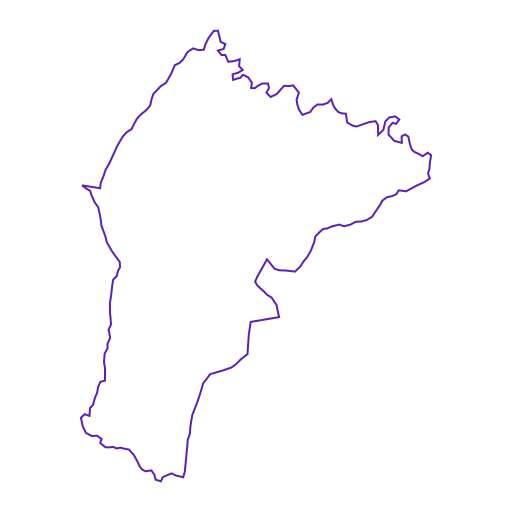 the district of Astorga, Paraná, Brazil, rotated 180°
{"feature_id": "56859067B33655617735681", "entity_name": "Astorga", "entity_type": "district", "adm_level": 2, "iso_a3": "BRA", "parent_name": "Brazil", "parent_adm1": "Paraná", "projection": "natural_earth1", "projection_center": [-51.712, -23.236], "detail": "fine", "context": "isolated", "style": "outline", "palette": "violet", "viewbox_px": 512, "rotation_deg": 180, "n_neighbors": 0, "source": "geoboundaries", "source_scale": "gbopen_adm2", "svg_char_len": 3067}
<svg xmlns="http://www.w3.org/2000/svg" viewBox="0 0 512 512"><g transform="rotate(180 256 256)"><path d="M427.4,97.8L431.1,94.2L429.2,85.5L426.0,79.1L420.2,76.0L414.9,76.3L410.4,73.0L411.8,69.0L406.7,64.8L403.0,64.6L398.9,65.1L395.5,63.6L391.6,64.3L387.5,63.3L382.9,62.4L378.1,56.9L374.6,50.5L372.4,45.8L370.0,42.6L366.4,40.7L360.7,41.6L357.5,37.2L356.4,32.3L351.1,30.7L349.1,34.9L343.9,37.2L340.3,38.6L336.2,36.5L328.8,34.8L327.2,40.2L325.3,59.9L324.7,66.1L324.3,72.0L322.1,78.2L321.7,84.6L321.0,89.6L319.6,97.3L316.6,104.8L313.5,113.2L311.5,119.5L308.8,128.8L304.9,133.7L301.8,137.9L289.8,141.3L280.6,144.5L276.3,147.5L270.9,152.9L264.5,157.9L263.2,177.4L261.3,190.1L232.9,194.9L234.2,200.6L235.4,206.9L240.4,214.4L244.9,217.2L248.5,220.9L251.7,223.7L254.9,226.8L256.9,230.4L254.6,235.5L245.0,252.7L237.3,243.1L232.5,241.7L226.4,241.5L217.0,240.4L211.7,245.5L208.4,250.6L204.9,254.8L201.3,261.0L198.0,269.3L196.6,275.6L191.8,280.5L188.7,283.1L185.1,283.4L180.4,285.5L172.8,287.4L167.8,285.7L161.6,287.4L156.1,290.3L151.1,290.4L145.4,291.9L139.9,295.2L136.6,300.2L132.1,306.8L129.7,311.3L125.2,314.7L119.9,315.9L115.8,317.7L113.3,321.7L105.9,320.7L99.8,324.0L95.0,326.6L87.9,329.8L82.2,333.5L83.9,338.3L82.6,343.4L82.0,350.1L80.9,356.7L84.3,359.3L89.2,355.8L93.3,358.1L97.1,359.8L100.2,362.3L102.1,367.9L103.7,375.4L106.9,377.5L110.4,375.6L110.2,369.1L117.8,371.2L123.5,377.4L123.3,384.6L119.4,389.2L115.9,388.1L112.7,392.5L116.8,395.6L122.7,394.6L126.6,390.7L128.7,382.0L133.9,377.1L134.0,386.8L136.4,390.8L142.6,389.9L148.1,388.1L155.4,385.5L159.5,386.4L164.8,389.5L166.1,398.3L169.9,398.6L173.6,399.9L176.9,403.5L178.8,407.0L180.8,412.8L184.3,409.1L189.2,407.4L194.5,407.5L198.4,404.7L201.8,400.0L209.6,397.1L213.1,402.6L214.8,407.9L215.4,412.4L213.1,419.4L218.8,426.6L223.7,425.9L228.0,426.2L235.2,418.0L241.4,415.0L245.6,419.3L243.0,424.0L244.0,428.5L249.7,428.5L254.2,426.2L257.3,423.8L260.9,424.0L260.1,429.2L263.9,434.8L269.0,437.2L271.6,434.3L278.9,432.2L279.4,437.7L273.8,439.3L269.3,442.0L272.9,445.8L272.3,452.8L276.9,451.1L283.8,450.2L286.7,457.0L290.5,457.0L294.1,461.4L288.3,463.1L286.7,468.0L291.4,470.1L292.8,476.4L294.1,481.3L298.2,481.1L303.4,474.1L306.5,467.8L308.2,462.3L313.5,461.9L319.0,463.6L324.6,459.8L328.7,452.8L332.7,448.9L337.1,446.9L341.1,437.7L346.0,429.2L351.2,425.9L354.4,422.4L358.6,418.2L360.7,411.9L361.8,406.5L365.6,402.0L370.8,397.8L375.1,393.2L378.1,387.8L380.4,382.9L385.3,379.8L389.1,375.6L392.2,370.5L395.1,365.4L398.0,358.8L403.1,347.8L406.3,342.5L408.6,335.6L411.3,329.1L411.9,323.8L429.9,326.6L425.6,323.3L421.9,321.2L420.3,316.3L417.2,309.5L413.9,304.9L412.7,300.1L411.2,291.9L410.6,286.4L406.6,275.6L405.1,269.5L399.8,260.4L392.2,249.9L392.0,244.7L394.0,241.0L395.3,235.9L398.8,232.4L399.8,226.3L400.8,217.2L402.1,209.0L402.0,199.4L401.4,193.3L401.0,187.6L403.4,182.4L401.8,174.2L404.5,168.3L404.4,163.9L407.4,158.2L408.0,149.8L407.0,144.0L407.0,137.9L407.0,131.4L411.6,130.2L413.9,125.1L414.9,119.2L416.9,114.6L419.0,107.1L422.0,104.0L422.5,96.1L427.4,97.8Z" fill="none" stroke="#5b21b6" stroke-width="2"/></g></svg>